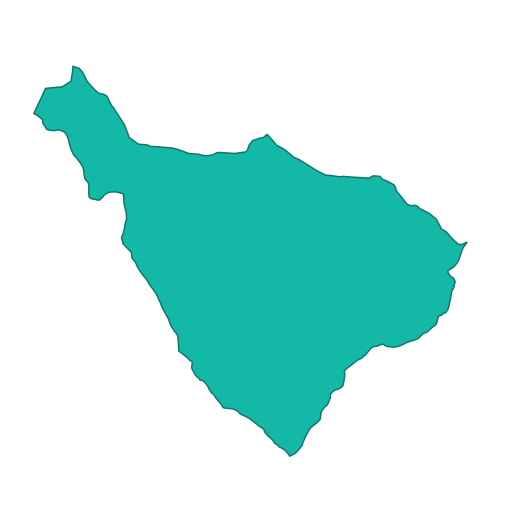 Namgyel Chhoeling, Samchi, Bhutan (Robinson projection), rotated 86°
{"feature_id": "84629894B20961407724011", "entity_name": "Namgyel Chhoeling", "entity_type": "district", "adm_level": 2, "iso_a3": "BTN", "parent_name": "Bhutan", "parent_adm1": "Samchi", "projection": "robinson", "projection_center": [88.995, 27.065], "detail": "fine", "context": "isolated", "style": "filled", "palette": "teal", "viewbox_px": 512, "rotation_deg": 86, "n_neighbors": 0, "source": "geoboundaries", "source_scale": "gbopen_adm2", "svg_char_len": 4908}
<svg xmlns="http://www.w3.org/2000/svg" viewBox="0 0 512 512"><g transform="rotate(86 256 256)"><path d="M54.0,425.4L55.7,425.6L61.1,426.5L68.8,428.4L73.7,437.5L74.1,454.2L81.7,458.4L98.4,467.7L100.5,464.3L105.1,459.4L108.4,459.4L115.2,455.8L115.5,454.5L116.1,452.9L116.9,448.7L116.4,443.5L118.5,439.3L121.1,436.6L126.2,435.1L132.4,434.1L137.3,432.8L141.4,431.2L142.4,430.7L146.2,427.9L150.5,425.0L153.6,423.3L156.4,422.3L158.6,421.9L160.4,421.8L162.9,421.8L165.1,421.5L166.6,421.4L168.3,420.4L170.4,418.8L171.8,418.1L173.0,417.8L174.4,417.8L177.3,418.1L180.6,418.5L183.7,418.4L185.5,418.3L186.5,417.8L186.9,417.1L187.4,416.2L187.7,414.9L188.0,414.1L188.1,413.0L188.5,412.0L189.3,409.7L189.2,408.4L188.9,407.5L188.2,406.7L187.5,405.9L186.7,405.0L184.8,403.3L183.7,401.8L183.1,400.4L182.3,399.0L182.1,397.4L182.1,395.1L182.1,392.2L182.5,390.6L183.4,387.6L184.8,383.9L194.9,383.9L204.4,382.4L210.4,382.6L214.9,384.4L218.8,385.2L222.7,386.3L228.5,388.9L231.9,388.2L234.7,387.7L241.1,382.2L243.9,380.0L249.3,379.9L254.2,376.5L257.2,375.6L261.3,373.7L266.4,370.7L271.1,367.2L276.9,364.3L281.6,361.3L284.6,359.5L285.5,358.8L287.8,357.9L289.5,357.0L291.9,356.4L295.6,354.8L301.4,353.0L307.0,350.4L312.5,347.8L319.3,345.9L324.7,342.9L328.5,340.4L330.5,339.6L335.0,339.5L345.4,339.6L346.4,338.5L347.2,337.5L348.1,336.5L349.0,335.5L349.9,334.5L350.8,333.6L351.4,332.9L353.9,330.5L355.4,329.4L356.7,327.3L357.6,327.1L359.5,327.1L360.6,327.7L363.0,327.9L365.0,327.4L366.0,326.8L367.2,326.3L368.4,325.7L369.6,325.2L370.8,324.6L371.8,323.8L372.8,322.9L373.8,321.5L374.9,321.0L375.9,320.5L376.2,319.1L376.5,317.8L377.4,316.8L378.4,316.0L379.4,315.2L380.5,314.5L381.7,313.8L382.8,313.1L384.0,312.6L385.2,312.1L386.4,311.5L387.6,311.0L388.7,310.4L389.8,309.6L390.6,308.6L391.6,307.7L392.7,307.0L393.9,306.4L395.0,305.8L396.1,305.0L397.2,304.3L398.2,303.5L399.3,302.7L400.3,301.9L401.4,301.1L402.5,300.4L403.8,300.0L404.9,299.4L405.4,298.2L405.6,296.8L405.9,295.5L406.1,294.1L406.3,292.8L406.6,291.4L406.9,290.1L407.4,288.9L407.9,287.6L408.6,286.5L409.4,285.4L410.3,284.4L411.3,283.6L412.3,282.7L413.1,281.7L413.8,280.5L414.4,279.3L415.0,278.1L415.6,276.9L416.4,275.8L417.1,274.7L417.9,273.6L418.8,272.6L419.6,271.6L420.5,270.6L421.4,269.6L422.3,268.7L423.2,267.7L424.1,266.7L425.0,265.8L425.9,264.8L426.8,263.7L427.5,262.6L428.3,261.5L429.2,260.5L430.3,260.0L431.6,259.8L432.8,259.2L433.9,258.5L434.9,257.7L436.0,256.9L436.9,256.0L437.8,255.0L438.8,254.1L439.7,253.2L440.8,252.3L441.8,251.6L443.0,251.0L444.2,250.4L444.9,249.2L445.6,248.3L446.8,247.1L447.6,246.3L448.6,245.7L449.1,244.1L449.7,243.4L450.4,242.5L451.2,241.5L452.0,240.3L452.9,239.7L453.8,239.0L454.5,238.6L455.4,238.0L456.3,237.2L457.2,236.8L458.0,236.4L456.5,232.8L455.4,230.5L453.5,228.4L450.5,225.3L448.2,223.2L444.9,222.0L440.4,219.6L434.0,215.7L431.6,213.9L428.9,210.4L426.7,206.9L423.5,203.5L415.8,201.6L414.0,200.2L411.8,198.4L409.5,195.2L405.2,193.0L402.2,191.6L400.6,191.7L399.1,191.1L397.6,190.0L396.3,188.2L395.1,186.2L394.8,184.4L393.8,181.3L391.6,178.5L387.6,177.2L382.3,175.9L379.4,175.7L377.3,176.0L375.3,174.5L373.8,172.1L372.2,169.6L367.3,162.7L366.3,160.6L365.6,158.4L362.0,153.4L359.3,150.9L357.5,149.2L355.7,147.5L354.6,145.3L354.3,140.8L352.8,137.1L353.1,134.9L354.4,133.4L355.5,130.9L355.7,129.1L356.5,126.4L356.2,120.7L355.5,118.5L354.8,116.6L354.0,114.3L353.1,112.5L352.5,110.5L351.9,108.4L351.4,105.9L349.9,100.7L348.9,99.1L346.3,96.1L344.7,94.1L344.0,91.0L339.4,85.1L337.8,82.4L336.1,80.7L334.1,80.0L331.7,79.3L330.5,78.6L329.2,78.4L328.4,77.9L328.1,75.1L326.4,73.5L326.0,71.2L325.1,70.1L322.7,68.4L320.0,67.2L312.4,65.0L304.9,63.2L301.6,61.1L298.3,60.1L295.4,59.1L292.1,60.4L289.4,63.5L287.6,64.7L285.5,65.8L283.7,65.2L282.5,62.8L281.0,60.1L279.7,58.5L277.3,56.2L273.4,53.6L270.1,52.4L267.0,51.0L264.7,50.1L262.1,48.8L256.8,44.3L259.0,50.0L258.5,53.3L254.0,57.6L250.4,60.6L245.4,64.2L242.1,69.0L234.2,72.6L231.8,73.6L227.5,78.2L225.6,80.2L222.0,86.0L220.6,88.8L217.8,91.3L216.6,93.6L216.6,95.1L216.6,97.9L215.2,101.4L213.3,102.7L205.9,107.8L200.9,111.5L197.5,112.0L194.6,113.5L193.8,114.8L191.8,117.8L189.6,121.6L188.7,124.1L185.2,126.9L184.2,133.3L186.2,138.0L184.9,147.5L184.8,148.8L182.7,163.5L182.8,167.1L180.9,176.1L180.1,181.1L176.0,188.0L172.2,193.4L167.7,199.5L162.8,206.3L160.1,211.7L155.8,215.8L151.5,220.6L146.9,227.8L141.7,231.5L135.5,236.3L138.4,240.6L138.8,244.2L140.6,251.4L145.1,255.2L149.9,257.2L151.6,259.4L151.7,263.5L152.3,270.0L150.5,282.2L150.1,287.6L152.1,292.0L152.6,297.6L152.0,302.1L150.5,306.0L149.9,310.3L149.6,311.8L149.0,315.9L144.4,326.1L142.3,332.6L140.9,342.4L140.0,347.4L139.6,351.4L139.4,353.6L137.7,356.4L136.7,362.5L136.3,365.4L133.8,368.4L129.1,374.1L116.0,378.1L110.4,381.1L103.4,385.0L102.6,385.4L97.8,388.0L95.6,389.8L89.9,391.9L85.8,393.9L84.1,396.6L82.8,401.4L80.1,404.3L75.4,408.2L70.0,412.3L60.8,416.0L56.5,419.3L54.0,425.4Z" fill="#14b8a6" stroke="#0f766e" stroke-width="1.5"/></g></svg>